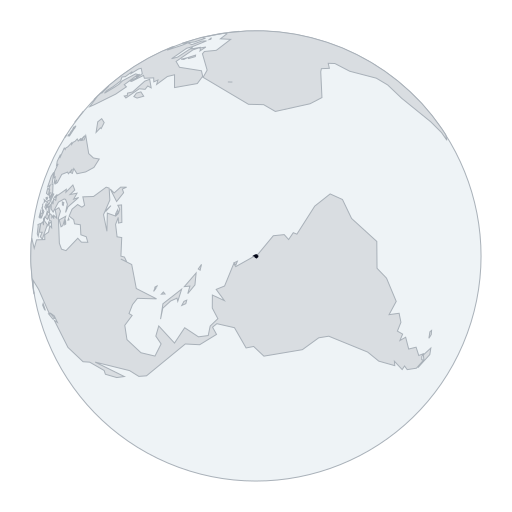 the Earth from above Mahaica-Berbice, rotated 293°
{"feature_id": "GUY-679", "entity_name": "Mahaica-Berbice", "entity_type": "Region", "adm_level": 1, "iso_a3": "GUY", "parent_name": "Guyana", "parent_adm1": "", "projection": "orthographic", "projection_center": [-57.805, 6.276], "detail": "fine", "context": "on_globe", "style": "filled", "palette": "ink", "viewbox_px": 512, "rotation_deg": 293, "n_neighbors": 0, "source": "natural_earth", "source_scale": "10m", "svg_char_len": 8390}
<svg xmlns="http://www.w3.org/2000/svg" viewBox="0 0 512 512"><g transform="rotate(293 256 256)"><circle cx="256" cy="256" r="225" fill="#eef3f6" stroke="#a8b0b8"/><path d="M137.0,64.7L141.2,62.2L141.5,62.0L159.4,52.5L162.5,51.0L167.6,48.8L167.4,48.9L169.1,48.2L179.2,44.2L184.8,42.6L176.5,48.8L185.1,47.7L188.6,55.2L192.9,53.2L196.9,55.7L203.3,54.4L202.1,56.9L208.2,53.9L208.1,52.0L210.7,50.2L214.5,49.6L213.6,52.3L211.6,53.0L213.3,53.5L211.3,55.3L214.4,54.0L212.9,57.9L220.0,53.2L223.4,55.6L220.9,58.5L214.0,59.2L190.9,70.0L186.3,74.3L186.7,79.0L202.7,85.0L200.5,89.9L202.9,95.8L207.4,92.2L207.1,86.5L216.1,82.1L214.7,76.4L218.2,74.0L219.7,68.4L227.2,68.4L233.7,71.7L232.9,76.6L235.7,78.4L242.8,73.5L247.3,83.2L260.8,91.2L261.1,94.3L250.4,99.6L234.5,99.5L220.5,109.1L237.4,102.4L237.9,111.2L241.3,112.7L245.8,112.3L248.7,109.0L250.5,112.3L234.5,119.4L232.6,116.5L237.7,114.1L230.2,114.4L219.4,120.6L220.5,125.2L203.1,131.7L203.6,135.3L200.2,139.2L200.4,132.7L199.6,144.9L179.3,158.5L177.7,181.2L170.7,163.4L163.0,161.3L153.4,161.6L152.9,165.2L140.9,162.3L128.6,169.9L122.0,187.9L124.4,202.1L138.0,203.0L143.1,195.1L153.6,193.8L144.0,215.0L162.1,218.4L159.1,234.6L164.1,243.1L173.6,241.2L183.4,245.4L191.0,236.1L203.0,231.1L202.6,244.3L209.7,232.4L216.1,238.8L240.3,238.5L238.3,241.5L258.6,257.2L281.4,264.0L286.7,273.6L283.9,279.6L292.0,281.2L292.1,285.1L324.9,290.6L342.1,300.0L341.8,313.5L327.9,329.3L316.6,361.5L292.0,372.2L286.6,384.8L269.0,402.8L254.0,401.4L259.2,410.1L251.6,415.3L242.1,415.5L241.4,421.5L234.4,421.5L239.7,425.5L230.0,432.9L234.6,439.0L228.0,444.7L231.3,448.1L228.2,447.9L225.3,449.1L225.6,450.9L215.4,447.5L210.5,439.6L212.8,435.7L208.6,434.9L213.2,424.5L209.3,426.6L207.2,410.1L211.2,396.3L210.6,354.3L205.2,345.7L187.9,335.3L166.9,302.4L171.8,289.2L167.5,282.8L181.6,264.2L178.4,246.4L173.5,243.8L168.4,250.3L152.3,238.8L147.4,225.3L102.9,202.0L99.4,195.2L101.1,184.4L95.5,149.4L93.6,181.9L89.7,175.3L88.3,163.6L91.3,160.9L93.3,144.4L91.1,138.1L98.4,118.6L117.9,95.6L117.3,99.1L122.0,93.8L123.1,89.3L122.6,87.8L140.4,68.9L146.4,60.5L140.8,62.9L147.9,59.0L134.3,66.4L137.0,64.7ZM175.7,189.0L196.4,200.5L183.7,201.7L186.3,199.7L181.2,195.0L171.5,190.6L160.6,192.8L175.7,189.0ZM187.0,176.5L183.4,175.6L187.1,175.5L187.0,176.5ZM121.7,87.7L122.6,89.6L120.0,95.0L118.6,93.6L121.7,87.7ZM127.4,78.8L129.1,78.6L123.6,83.4L124.3,82.0L127.4,78.8ZM135.7,65.6L135.6,66.0L134.1,66.6L135.7,65.6ZM215.5,68.9L217.5,68.7L216.2,69.8L215.5,68.9ZM214.1,66.9L211.1,68.4L210.0,67.7L211.9,66.8L214.1,66.9ZM218.2,65.3L208.5,66.3L206.7,65.1L212.4,60.8L218.2,65.3ZM206.4,51.8L206.7,53.7L203.0,52.8L206.4,51.8ZM203.3,51.7L188.1,52.7L189.5,49.9L194.3,49.9L193.3,47.3L201.5,45.3L203.9,46.3L201.4,48.4L206.4,46.2L203.3,51.7ZM211.5,49.5L208.3,49.7L209.2,47.2L215.9,46.3L213.4,47.4L211.5,49.5ZM189.0,47.8L190.9,46.0L198.1,43.9L199.8,43.0L201.8,45.1L189.0,47.8ZM215.1,47.6L219.2,46.0L222.2,46.7L214.7,49.1L215.1,47.6ZM206.7,47.1L207.5,45.9L209.2,46.2L206.7,47.1ZM235.0,49.0L231.1,48.8L231.3,47.4L235.0,49.0ZM220.5,45.4L219.5,45.2L219.1,44.7L222.4,43.9L220.5,45.4ZM206.7,43.6L209.3,43.2L206.3,42.6L211.5,41.4L211.9,43.1L214.0,41.8L215.6,41.5L214.1,43.4L206.7,43.6ZM224.5,41.9L226.8,44.3L234.0,44.6L234.0,45.7L222.5,45.2L224.5,41.9ZM218.5,42.5L222.3,42.3L220.4,43.6L216.7,44.6L218.5,42.5ZM214.9,40.0L206.8,41.5L207.0,41.1L214.9,40.0ZM227.0,41.7L226.4,41.2L227.7,41.5L227.0,41.7ZM219.1,40.1L216.1,40.6L216.4,40.1L219.1,40.1ZM227.6,39.9L228.3,40.5L225.8,41.1L227.6,39.9ZM224.0,39.8L225.1,39.0L224.5,40.9L222.6,40.0L224.0,39.8ZM219.8,39.6L219.0,39.5L221.0,39.5L219.8,39.6ZM236.6,37.8L236.4,40.0L230.9,41.0L231.8,38.6L236.6,37.8ZM233.2,454.5L216.5,448.7L225.6,451.4L230.3,448.7L239.6,452.9L233.2,454.5ZM247.8,447.3L254.2,445.7L256.1,446.7L252.2,448.0L247.8,447.3ZM416.1,97.5L414.1,95.6L408.1,89.8L416.1,97.5ZM407.9,89.6L411.5,93.4L414.6,96.1L417.0,98.9L414.4,96.7L412.2,94.4L410.8,93.8L421.4,105.9L425.6,110.0L425.5,114.4L432.6,122.0L434.7,126.4L423.7,115.5L420.1,111.0L404.6,101.2L408.4,106.1L423.2,116.0L421.4,115.7L426.6,123.6L421.1,117.4L403.9,106.4L399.8,111.8L405.2,133.4L400.6,136.7L391.8,134.6L379.2,115.2L391.0,110.2L386.6,104.3L375.1,97.5L379.7,97.0L376.4,93.9L380.0,92.2L376.0,83.8L378.3,81.9L368.1,73.3L367.8,71.5L373.9,76.9L379.4,80.1L383.9,77.0L382.3,74.8L375.3,69.8L377.4,70.0L370.0,65.6L368.4,62.7L364.2,63.0L355.9,58.2L350.1,54.1L346.6,52.9L355.9,59.7L360.3,62.6L365.3,64.8L376.6,74.0L376.9,76.4L362.2,67.8L361.1,70.6L350.2,63.6L331.7,47.7L328.5,44.6L341.3,47.7L347.1,50.4L345.3,50.3L354.9,54.1L350.3,51.9L352.1,52.5L344.6,49.0L345.5,49.3L336.7,45.8L337.0,45.8L342.5,48.0L341.2,47.5L355.7,54.0L369.6,61.5L383.0,69.9L395.8,79.3L407.9,89.6ZM456.3,152.9L454.6,149.7L452.1,145.2L451.8,144.7L451.4,143.9L455.5,151.4L451.4,144.5L459.6,159.6L466.1,174.6L471.4,190.0L475.6,205.7L478.6,221.7L480.5,237.8L481.3,254.1L480.8,270.3L479.2,286.5L476.4,302.6L472.5,318.3L467.4,333.8L461.3,348.9L454.0,363.4L445.7,377.4L441.7,383.3L437.1,386.5L442.1,378.6L447.8,364.4L458.1,328.5L464.9,310.4L466.7,297.3L462.7,270.1L464.0,253.4L461.6,247.2L457.4,250.2L454.0,243.0L450.9,243.6L427.6,254.8L417.2,246.2L396.6,217.3L398.3,203.9L392.7,189.8L399.8,137.5L408.0,138.4L421.2,127.7L424.1,128.6L429.8,139.1L445.5,148.0L442.0,138.4L449.0,142.3L449.1,140.2L436.3,121.0L436.2,123.9L429.0,115.7L423.3,105.7L423.0,104.9L435.5,119.9L446.6,135.9L456.3,152.9ZM405.2,162.1L406.9,166.3L405.2,162.1ZM241.0,238.3L243.9,240.9L240.0,241.0L241.0,238.3ZM181.5,207.0L186.1,207.4L188.3,209.5L184.7,210.0L181.5,207.0ZM221.5,207.9L227.0,209.1L221.1,210.1L221.5,207.9ZM199.8,202.0L217.0,207.5L205.5,211.1L194.7,207.9L202.5,206.9L199.8,202.0ZM183.9,183.8L186.7,184.8L185.5,187.1L183.9,183.8ZM189.8,176.6L188.6,176.7L187.4,174.8L189.8,176.6ZM238.8,110.7L240.2,110.3L244.6,110.6L242.2,112.1L238.8,110.7ZM266.5,104.5L268.8,110.0L265.4,106.8L262.5,109.4L251.7,106.4L260.7,95.7L258.6,100.8L266.5,104.5ZM239.9,100.3L245.7,102.8L239.0,100.5L239.9,100.3ZM355.0,81.3L359.2,82.3L362.1,85.9L359.2,90.2L354.9,84.8L355.0,81.3ZM364.3,83.2L350.6,74.5L351.8,72.2L353.4,74.8L355.7,74.1L358.9,78.4L373.5,85.3L377.1,89.1L369.8,93.8L370.2,89.9L366.1,88.8L364.3,83.2ZM313.2,62.7L307.3,60.5L317.7,57.9L322.1,60.3L319.5,64.1L312.8,63.7L313.2,62.7ZM230.1,58.2L227.2,58.8L227.4,57.8L230.1,56.6L230.1,58.2ZM233.1,49.0L243.3,55.3L240.4,56.1L249.8,59.7L245.9,63.4L239.9,60.8L243.9,66.7L237.0,65.9L240.6,69.9L227.8,63.7L221.7,63.7L230.0,62.1L233.7,58.6L233.5,57.1L228.4,53.1L217.2,52.1L219.2,49.1L223.5,47.3L226.5,47.0L224.3,48.9L229.8,47.3L229.0,49.9L233.1,49.0ZM273.1,36.4L269.4,37.1L280.4,37.3L279.5,38.7L280.9,38.6L283.1,40.2L288.2,42.1L286.7,42.7L289.3,43.3L290.8,44.6L293.9,45.7L292.4,47.4L296.0,48.9L293.3,48.9L299.9,51.3L294.3,50.4L295.8,52.4L300.4,52.2L284.9,62.0L282.7,68.0L284.0,73.8L274.2,72.2L266.8,66.3L261.8,59.1L265.3,54.1L260.3,54.7L260.4,52.6L264.4,53.0L258.4,51.2L259.6,49.7L255.2,45.3L245.9,44.5L244.1,43.2L248.3,42.8L243.5,41.8L250.3,40.4L249.1,39.6L254.7,37.6L263.5,37.9L261.5,37.0L265.6,36.0L273.1,36.4ZM238.3,37.2L249.1,36.4L254.0,37.1L242.3,40.3L242.5,41.2L235.2,44.0L228.3,43.2L231.0,42.4L232.1,41.5L233.8,42.1L233.2,41.0L236.9,40.0L237.4,38.9L240.8,38.9L238.3,37.2ZM422.9,124.3L424.3,124.2L425.5,123.0L428.8,128.2L422.9,124.3ZM411.4,116.8L412.0,115.7L417.3,121.9L415.8,122.2L411.4,116.8ZM407.9,110.2L411.6,115.2L408.7,112.7L407.9,110.2ZM374.0,75.9L374.2,74.8L375.9,75.9L377.9,77.9L374.0,75.9ZM305.6,39.4L302.7,39.2L301.6,38.8L293.6,37.4L293.6,36.6L298.4,37.1L305.6,39.4ZM438.9,124.6L441.5,128.7L440.3,127.2L439.6,126.1L438.9,124.6ZM436.9,128.3L439.5,129.7L437.8,129.7L436.9,128.3ZM304.3,38.3L301.0,37.7L303.0,37.8L304.3,38.3ZM293.1,36.0L294.8,35.8L292.6,36.3L293.1,36.0ZM321.8,40.5L321.7,40.5L309.2,37.1L308.2,36.8L321.8,40.5ZM290.4,33.7L293.7,34.3L291.9,34.2L290.4,33.7Z" fill="#d9dde1" stroke="#a8b0b8" stroke-width="1"/><path d="M255.6,254.3L255.9,254.5L256.0,254.7L256.1,254.8L256.4,255.0L256.5,255.1L256.7,255.3L256.8,255.4L256.9,255.6L257.0,255.9L257.1,256.0L257.1,256.3L256.8,256.4L256.7,256.4L256.7,256.5L256.8,256.7L256.8,256.8L256.7,257.0L256.4,257.0L256.5,257.2L256.5,257.3L256.5,257.6L256.4,257.6L256.2,257.6L255.9,257.7L255.7,257.6L255.4,257.4L255.2,257.3L254.8,257.2L254.7,257.1L254.8,257.0L254.8,256.9L254.7,256.8L254.7,256.6L254.7,256.4L254.9,255.7L255.0,255.7L255.2,255.4L255.3,255.4L255.5,255.3L255.5,255.2L255.7,254.9L255.7,254.7L255.6,254.3L255.6,254.3Z" fill="#0f172a" stroke="#020617" stroke-width="1.5"/></g></svg>